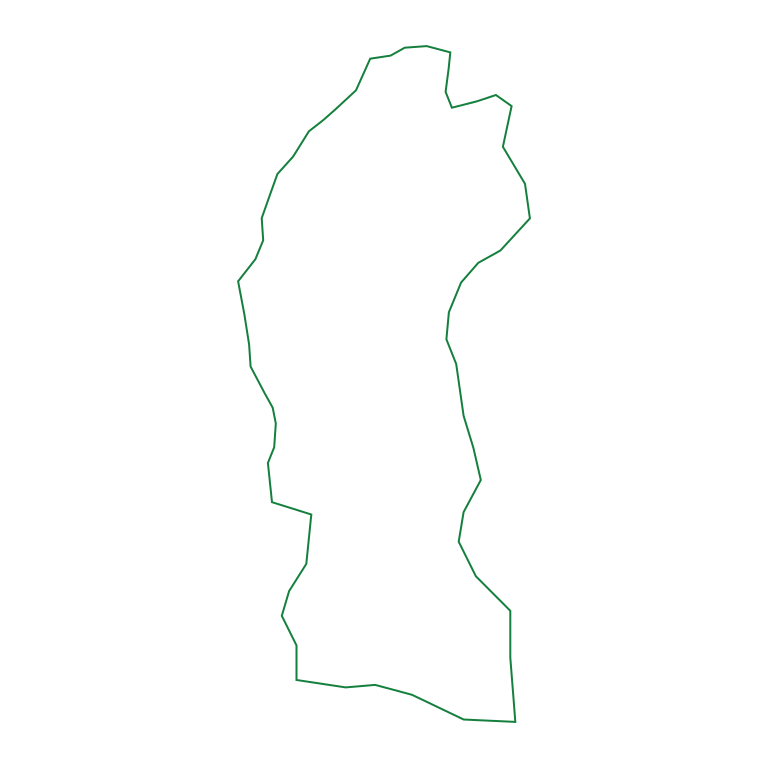 the district of Agios Theodoros Soleas, Nicosia, Cyprus
{"feature_id": "46923920B26695938470022", "entity_name": "Agios Theodoros Soleas", "entity_type": "district", "adm_level": 2, "iso_a3": "CYP", "parent_name": "Cyprus", "parent_adm1": "Nicosia", "projection": "orthographic", "projection_center": [32.933, 35.027], "detail": "fine", "context": "isolated", "style": "outline", "palette": "green", "viewbox_px": 768, "rotation_deg": 0, "n_neighbors": 0, "source": "geoboundaries", "source_scale": "gbopen_adm2", "svg_char_len": 849}
<svg xmlns="http://www.w3.org/2000/svg" viewBox="0 0 768 768"><path d="M426.7,46.1L404.7,47.7L390.6,55.6L370.2,58.7L356.0,90.3L335.6,109.2L323.0,120.3L308.9,131.3L293.1,156.6L277.4,174.0L269.5,196.1L261.7,218.2L263.2,240.3L255.4,259.2L238.1,281.3L244.4,314.5L249.1,344.5L250.6,366.6L264.8,393.5L272.7,407.7L275.8,423.5L274.2,447.2L267.9,463.0L272.0,502.2L311.3,514.5L306.3,563.9L289.1,591.1L281.8,615.8L296.5,645.4L296.5,680.0L345.7,687.4L375.2,684.9L412.0,694.8L463.6,719.5L515.3,721.9L513.5,698.3L510.3,657.7L510.3,610.8L475.9,576.3L458.7,541.7L463.6,512.1L480.8,480.0L473.4,447.9L463.6,415.8L456.2,364.0L446.4,339.3L448.9,312.2L461.1,282.5L478.3,262.8L500.4,250.5L529.9,218.4L525.0,183.8L502.9,146.8L511.6,106.1L495.9,95.0L477.0,101.3L451.9,107.7L445.6,91.9L448.7,68.2L450.3,52.4L426.7,46.1Z" fill="none" stroke="#15803d" stroke-width="2"/></svg>